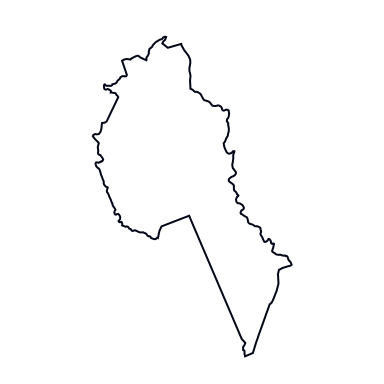 Viancelle, Vieux Fort, Saint Lucia (Natural Earth projection), rotated 199°
{"feature_id": "8701671B99904787478825", "entity_name": "Viancelle", "entity_type": "district", "adm_level": 2, "iso_a3": "LCA", "parent_name": "Saint Lucia", "parent_adm1": "Vieux Fort", "projection": "natural_earth1", "projection_center": [-60.968, 13.815], "detail": "fine", "context": "isolated", "style": "outline", "palette": "ink", "viewbox_px": 384, "rotation_deg": 199, "n_neighbors": 0, "source": "geoboundaries", "source_scale": "gbopen_adm2", "svg_char_len": 6043}
<svg xmlns="http://www.w3.org/2000/svg" viewBox="0 0 384 384"><g transform="rotate(199 192 192)"><path d="M74.1,155.6L75.4,157.2L76.6,158.2L77.2,158.5L77.7,158.6L78.6,159.2L79.4,160.3L80.3,161.5L81.2,162.2L81.7,162.3L82.3,162.0L82.6,162.0L83.1,162.3L83.7,162.1L83.9,161.9L84.5,161.7L85.0,161.5L86.9,161.4L87.6,161.5L88.3,161.4L89.5,160.8L91.3,160.5L92.8,160.5L93.8,161.1L94.4,161.2L95.2,161.3L96.2,161.6L96.8,161.9L97.1,162.4L97.1,165.9L97.6,169.7L97.9,169.8L98.2,169.8L98.5,169.6L99.0,169.5L99.2,169.2L99.5,169.1L99.9,169.1L100.3,169.2L101.0,170.3L101.9,171.7L102.5,172.0L103.3,172.6L104.1,172.7L104.4,172.4L104.6,171.3L105.0,170.1L105.3,169.7L106.1,168.9L107.0,168.5L107.5,168.5L109.3,170.3L110.1,171.3L111.1,172.3L113.0,173.8L113.4,174.3L113.7,174.8L113.7,176.8L113.8,177.2L114.5,178.2L115.0,178.7L115.3,179.8L116.0,180.5L118.0,180.8L119.0,180.9L119.9,180.6L120.6,180.3L121.0,180.2L121.5,180.2L123.2,180.7L124.0,180.8L124.9,180.9L127.2,180.8L128.1,181.1L128.8,181.5L129.4,182.2L129.9,183.4L131.4,185.5L132.1,186.0L133.2,186.1L134.3,186.3L137.4,187.2L138.7,187.3L139.3,188.1L139.4,188.4L139.3,190.4L139.3,190.6L138.4,191.5L137.7,192.7L137.8,194.0L138.2,194.5L139.9,196.0L140.9,196.3L142.7,196.7L143.5,196.7L145.3,196.4L146.3,196.8L146.7,197.1L147.5,198.4L148.0,199.4L147.9,201.8L147.0,203.2L147.0,203.9L147.6,204.2L148.7,204.5L149.2,205.1L149.8,205.9L151.2,206.7L152.3,207.0L152.9,207.6L153.3,208.3L154.1,210.6L154.6,211.9L156.1,212.8L160.1,214.0L160.7,214.4L161.3,215.6L161.3,216.0L161.0,216.9L159.7,219.0L157.9,220.6L156.9,222.1L156.7,222.8L156.6,224.0L157.1,225.3L158.7,226.2L159.9,227.2L161.0,227.7L161.6,228.6L162.3,229.8L162.9,231.2L163.1,233.1L163.8,236.8L164.2,238.0L165.1,240.5L165.1,241.9L165.0,243.2L165.2,244.3L165.8,244.3L166.4,244.0L167.0,242.6L167.6,241.5L169.2,240.4L170.1,240.2L171.2,240.4L172.4,241.1L175.1,243.9L176.0,245.0L177.1,246.8L177.9,248.4L177.3,250.1L177.1,251.9L177.2,253.6L176.5,256.4L176.5,257.0L176.9,259.2L176.9,260.0L177.1,261.7L177.9,264.1L178.7,265.6L179.6,267.0L180.0,268.5L180.2,268.9L181.7,269.9L182.0,270.2L182.3,270.9L182.4,271.5L182.4,271.9L182.4,272.6L182.0,273.5L181.9,274.0L181.9,275.7L182.4,278.2L183.3,279.7L183.5,280.3L183.7,280.7L183.9,281.0L184.4,281.2L185.8,281.2L186.5,281.0L188.0,279.6L188.5,279.3L189.0,279.2L189.4,279.3L189.8,279.4L190.4,279.9L191.0,281.0L191.6,281.5L192.5,282.2L193.9,282.4L194.9,282.5L196.0,282.2L196.6,281.6L197.5,281.1L198.5,280.7L200.4,280.3L201.3,280.5L203.8,282.2L205.3,282.9L208.2,283.0L209.4,282.8L210.4,282.9L210.9,283.1L212.1,284.0L215.1,286.8L216.3,287.7L218.7,288.2L220.2,288.2L221.0,287.9L221.7,287.7L222.2,287.8L223.1,288.1L224.4,288.8L226.3,289.1L227.1,289.1L228.2,292.0L230.2,296.9L231.2,301.3L232.6,303.8L233.7,305.3L234.8,308.3L235.6,313.5L236.8,316.5L239.7,319.7L245.7,323.7L249.9,327.5L250.4,328.5L261.8,320.5L268.4,322.8L268.2,324.7L267.9,325.5L267.1,326.9L267.0,327.3L267.0,328.6L266.9,330.1L268.0,330.1L268.8,329.5L269.7,328.5L269.9,327.5L270.3,326.7L271.9,325.6L273.0,324.5L273.4,323.7L274.6,322.6L275.2,321.6L276.9,317.9L276.9,316.5L278.1,314.4L278.8,313.6L278.8,313.1L278.6,312.0L278.6,310.6L277.9,309.1L278.0,308.0L278.1,306.4L278.7,304.8L278.7,303.8L278.1,302.4L278.1,301.7L284.7,302.4L286.0,302.9L286.6,303.2L287.3,303.3L288.1,302.9L289.0,302.4L289.7,301.6L290.6,300.9L291.4,300.0L292.5,298.8L293.1,297.9L293.3,297.2L294.1,297.1L296.7,296.6L298.7,295.6L299.8,294.6L300.9,293.4L291.7,281.5L291.7,281.4L291.9,280.1L293.1,279.4L294.1,279.4L295.6,278.8L296.9,277.4L297.3,275.2L298.6,273.1L299.0,270.7L300.0,269.4L302.4,267.9L302.3,267.5L302.3,267.0L302.5,266.7L302.8,266.3L303.6,265.8L305.2,265.4L307.1,264.7L307.8,264.6L308.3,264.7L308.9,265.2L309.2,265.3L309.7,265.3L309.8,265.1L309.9,264.7L309.9,263.8L308.8,261.4L308.3,260.9L307.5,260.7L306.7,260.8L306.4,260.9L306.2,261.1L305.5,261.8L305.1,261.9L304.5,261.9L303.8,261.8L302.4,261.5L301.4,261.0L301.2,260.7L301.2,259.6L300.4,259.9L298.2,260.2L297.3,260.5L296.2,260.4L295.2,259.3L293.6,258.6L293.2,258.3L293.0,257.8L292.6,257.6L295.7,230.9L297.2,229.1L299.6,227.9L298.3,222.6L298.1,219.1L298.9,216.6L300.4,215.6L302.4,215.3L303.8,213.9L303.9,212.4L300.9,210.4L297.3,208.7L296.1,208.0L295.7,203.8L294.0,200.3L293.5,198.1L292.6,197.1L290.6,197.0L287.4,194.7L286.5,193.6L286.9,191.9L288.1,190.8L288.0,191.2L289.5,189.7L290.1,189.3L291.5,189.1L292.2,188.7L292.5,188.3L292.5,187.9L292.3,187.2L291.9,186.4L291.2,185.5L290.9,185.2L289.0,184.1L288.6,184.0L287.6,183.8L286.4,182.7L284.7,180.4L283.6,178.7L282.5,177.5L280.5,175.0L279.1,173.5L278.7,172.7L278.4,171.8L278.3,171.4L277.6,170.5L276.4,169.6L275.4,169.1L275.1,169.0L273.9,169.0L273.5,168.9L273.1,168.7L273.0,168.4L273.1,167.2L273.0,165.9L272.8,165.1L272.4,164.4L272.1,164.1L271.3,163.6L270.6,163.1L269.7,162.0L269.1,161.2L268.3,160.3L268.2,160.1L267.2,159.2L266.1,158.1L264.7,156.2L264.1,155.6L263.8,155.6L263.4,155.1L263.1,154.2L262.7,153.7L261.6,152.7L260.0,151.6L258.6,150.3L258.6,149.8L258.9,149.0L258.8,147.3L258.7,147.1L257.9,146.2L257.3,145.7L257.1,145.7L256.7,145.8L256.1,146.2L255.1,147.1L254.8,147.2L254.5,147.2L253.3,146.6L252.1,145.5L251.6,144.6L251.2,143.2L251.3,142.4L252.0,140.7L251.7,140.3L251.0,139.9L250.5,139.9L249.9,140.1L249.1,140.7L248.7,140.6L248.1,140.0L247.7,139.4L247.4,138.6L247.2,137.7L243.4,137.5L242.6,138.2L241.2,138.2L240.5,137.8L239.4,136.9L237.6,136.9L236.8,136.1L236.0,135.8L235.3,135.9L233.6,137.2L232.1,137.2L230.4,137.0L229.2,136.8L227.6,137.0L224.9,138.0L223.5,137.7L222.2,137.8L220.8,137.0L219.9,136.2L218.5,136.0L217.5,136.4L216.8,136.2L215.8,135.2L212.6,135.1L211.1,135.6L210.2,137.0L210.1,137.6L209.5,137.8L209.3,137.7L209.4,139.2L209.9,142.3L210.1,144.9L209.6,149.6L187.0,168.6L97.1,69.2L92.5,66.7L92.5,64.5L93.2,62.4L93.0,61.4L92.1,59.1L90.9,59.1L90.4,58.4L89.6,55.9L88.3,53.9L82.0,59.6L82.4,71.2L82.3,75.1L82.4,77.9L82.3,83.8L82.0,111.1L81.1,112.4L80.6,113.5L80.2,116.9L79.8,126.1L80.2,131.5L80.4,133.5L83.4,141.0L84.1,142.3L84.1,143.9L84.5,146.6L82.9,148.2L82.2,149.2L81.5,149.7L81.0,150.2L79.6,151.1L77.4,152.8L75.0,154.3L74.1,155.6Z" fill="none" stroke="#020617" stroke-width="2"/></g></svg>